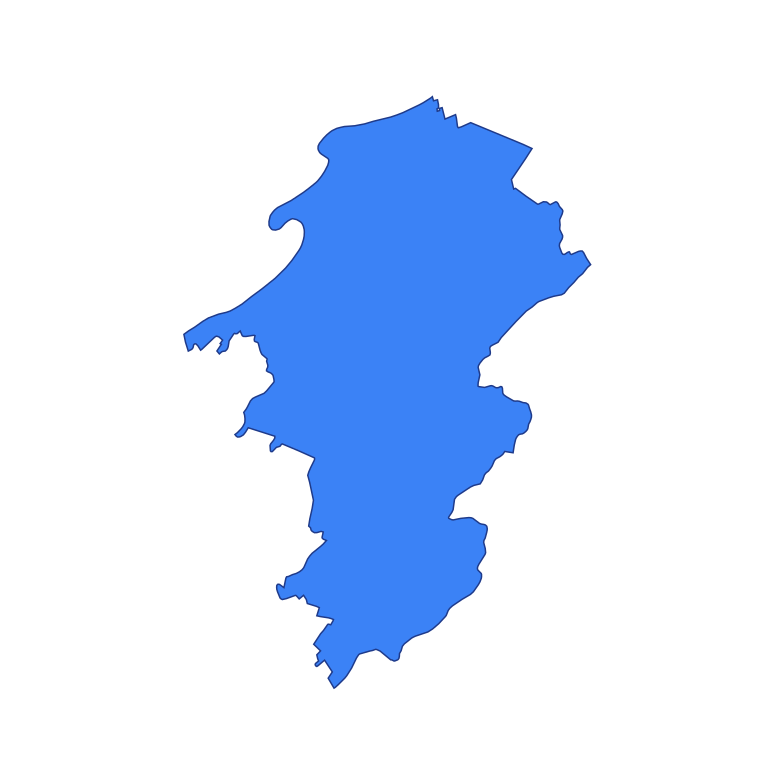 Vu Ban, Nam Định, Vietnam, rotated 215°
{"feature_id": "81297802B77828019918781", "entity_name": "Vu Ban", "entity_type": "district", "adm_level": 2, "iso_a3": "VNM", "parent_name": "Vietnam", "parent_adm1": "Nam Định", "projection": "equal_earth", "projection_center": [106.09, 20.382], "detail": "fine", "context": "isolated", "style": "filled", "palette": "blue", "viewbox_px": 768, "rotation_deg": 215, "n_neighbors": 0, "source": "geoboundaries", "source_scale": "gbopen_adm2", "svg_char_len": 6171}
<svg xmlns="http://www.w3.org/2000/svg" viewBox="0 0 768 768"><g transform="rotate(215 384 384)"><path d="M212.7,315.7L214.7,321.2L215.8,323.7L216.6,324.9L218.2,326.4L220.0,326.7L221.5,326.3L223.7,325.2L225.7,324.6L234.1,324.9L235.9,324.4L237.8,323.3L244.0,318.0L249.4,312.3L251.0,311.6L253.9,311.1L254.4,311.5L254.7,312.3L254.8,317.8L255.3,320.7L260.1,330.0L260.1,333.3L259.5,335.5L254.1,349.2L252.2,352.5L247.9,357.4L248.2,362.1L249.6,367.2L249.4,369.9L248.5,372.6L248.3,376.1L248.4,378.8L249.6,384.6L249.3,387.2L247.5,390.7L246.7,393.0L246.3,395.0L246.4,398.0L238.8,401.7L242.3,408.8L244.4,414.1L244.7,415.6L244.8,417.7L244.6,419.6L243.7,421.0L242.1,422.5L241.3,424.0L240.6,426.5L240.4,428.7L240.6,429.9L242.5,434.1L242.8,436.8L243.4,439.1L244.2,441.4L245.4,443.2L247.9,445.4L250.5,447.2L253.5,449.6L254.4,450.0L256.8,449.9L259.5,448.5L263.2,447.5L265.0,446.6L266.6,445.3L268.2,444.5L276.2,443.8L279.2,443.8L280.9,444.3L281.5,444.7L284.6,448.5L286.0,449.3L287.0,448.8L288.2,446.7L289.4,445.6L290.5,445.1L293.7,444.8L295.0,444.3L295.9,443.5L299.6,438.9L304.5,436.4L305.5,436.1L306.3,436.9L307.7,439.3L310.7,446.5L316.4,451.6L317.1,453.1L317.4,456.1L317.1,460.8L316.5,463.2L314.8,466.4L313.9,468.6L314.5,470.1L315.2,471.1L317.8,473.8L318.2,474.8L318.3,476.0L317.6,477.8L314.5,483.6L314.6,489.3L311.7,511.1L309.3,525.4L306.8,532.1L305.3,538.3L304.5,540.3L298.5,549.1L295.3,553.2L289.8,558.9L288.4,561.8L288.0,568.9L286.7,576.1L286.1,582.9L284.6,588.3L284.2,596.2L283.2,600.3L290.1,603.1L296.0,606.2L298.0,606.6L299.5,605.5L300.7,604.2L304.7,597.7L305.1,597.5L306.1,597.5L307.7,598.5L308.2,598.5L309.3,596.8L309.7,595.5L310.5,593.7L311.8,592.9L313.3,593.2L318.1,596.4L319.6,597.7L320.7,599.7L321.3,605.0L322.0,606.9L322.9,608.1L328.7,611.4L329.6,612.7L331.0,615.3L333.8,618.6L334.4,619.6L335.6,625.6L336.7,628.3L338.0,629.1L342.2,630.1L344.7,631.6L346.5,632.1L347.3,632.0L348.0,631.5L350.7,626.3L351.5,626.1L354.2,626.4L355.3,626.3L358.0,624.7L360.6,620.0L361.3,619.4L375.4,619.3L388.5,619.7L389.6,618.1L396.9,624.6L397.3,649.7L397.8,661.8L407.3,660.1L462.9,647.8L468.2,638.9L470.0,636.6L470.3,636.5L471.6,637.2L477.2,643.3L479.9,645.7L486.0,636.0L494.9,643.7L496.7,641.5L495.3,639.9L496.8,638.0L498.4,639.8L497.7,641.5L499.6,644.1L503.2,647.5L505.9,644.4L509.2,647.1L509.8,645.0L513.1,637.1L515.2,632.9L524.1,617.2L527.8,611.7L531.7,606.4L543.4,593.1L549.0,586.0L556.1,578.7L564.1,572.2L566.6,569.5L569.3,566.3L571.8,561.8L572.6,559.6L573.7,555.6L574.5,550.7L574.9,544.1L574.4,541.1L573.0,538.9L572.0,538.0L569.4,536.7L567.1,536.4L559.3,536.6L557.8,535.9L556.6,534.0L555.5,530.9L554.6,524.2L554.4,518.4L554.8,512.3L555.3,509.8L558.0,500.5L560.1,494.2L565.4,480.8L572.3,467.6L572.7,466.3L573.4,463.6L573.7,460.7L573.7,457.0L573.4,455.9L571.4,451.1L569.2,448.1L567.7,447.2L566.0,446.6L564.7,446.3L563.6,446.5L561.1,447.9L558.7,450.9L558.0,453.1L557.3,458.9L556.3,462.4L554.8,465.6L553.7,467.0L549.8,468.6L546.2,468.9L544.7,468.9L543.0,468.4L540.8,467.2L537.9,464.7L536.4,462.8L534.2,459.3L532.8,456.1L531.1,450.8L530.5,447.4L530.3,444.5L530.3,432.5L531.1,422.6L533.8,408.1L538.5,392.0L542.7,379.5L546.1,368.1L549.3,360.7L551.9,355.5L554.3,352.2L559.6,346.3L565.7,337.4L568.4,331.3L571.8,321.7L574.5,315.5L576.4,309.9L570.7,304.5L563.2,298.7L561.4,302.0L561.2,303.3L561.4,304.6L562.4,306.9L562.3,307.7L561.9,308.5L560.9,309.0L558.3,308.5L553.6,306.5L553.1,308.0L549.7,324.7L549.2,326.3L548.5,327.2L546.3,327.9L541.4,327.4L541.4,323.1L540.0,323.2L539.8,315.2L536.1,314.2L535.4,317.3L534.7,318.3L532.9,320.0L532.5,322.1L532.6,323.6L533.1,325.3L535.6,330.5L535.8,338.7L535.5,339.7L534.2,340.1L533.1,341.2L532.2,344.9L527.9,342.3L526.6,342.3L524.4,343.7L519.5,348.4L518.3,349.4L517.4,349.6L515.9,346.1L514.8,344.9L514.0,344.8L511.5,345.5L510.4,345.3L504.8,340.5L502.7,339.1L500.9,338.2L494.3,337.6L493.9,337.1L493.3,335.4L489.9,332.7L489.3,331.7L488.9,331.0L488.5,328.6L487.8,327.4L486.0,327.4L483.5,328.0L482.0,328.0L479.9,327.5L476.7,324.5L475.4,322.9L475.3,322.1L476.2,311.1L476.9,307.6L481.9,299.5L483.3,296.7L483.7,293.5L482.7,286.7L482.5,284.4L482.6,280.3L480.4,278.6L478.0,275.9L476.2,273.2L475.6,271.5L475.2,268.0L475.3,265.5L476.2,260.0L477.1,257.1L475.0,256.5L473.5,256.6L472.4,257.4L471.3,258.7L470.0,261.7L469.8,265.0L470.1,270.3L443.5,278.6L442.7,277.5L442.4,276.7L442.2,274.5L442.5,270.0L442.1,268.3L438.7,264.1L437.7,263.8L436.7,264.6L435.8,270.4L433.5,273.3L433.4,275.8L432.9,276.6L415.2,280.4L398.6,283.6L397.9,282.9L397.4,281.8L396.1,273.3L395.2,268.9L394.1,265.5L388.5,260.8L375.1,248.3L371.5,240.9L367.4,231.0L364.2,224.4L361.8,224.1L359.9,222.5L358.3,222.1L355.7,222.3L353.7,223.8L351.0,227.2L348.9,227.9L346.9,223.1L346.5,222.5L345.8,222.2L344.5,222.1L341.4,222.8L342.0,217.9L342.9,214.2L345.8,204.1L346.2,200.4L346.2,196.9L344.5,188.2L344.4,187.0L344.6,184.7L345.5,181.8L347.2,178.5L349.6,175.4L351.9,171.5L353.2,170.2L353.0,168.7L349.2,159.8L354.7,159.9L356.0,159.2L356.3,158.6L356.2,157.3L355.2,155.7L354.0,154.3L352.0,152.7L346.4,149.1L345.2,148.9L343.7,149.1L340.8,152.3L335.4,160.0L334.7,160.3L333.5,160.1L330.2,159.3L328.7,164.8L324.0,162.9L320.9,160.2L311.9,163.1L308.7,163.7L306.1,155.6L302.9,156.9L295.4,160.6L292.9,161.5L290.3,162.1L289.9,160.6L289.5,156.2L291.4,155.6L292.0,155.2L292.2,154.7L292.2,147.4L292.7,143.1L292.3,130.5L282.9,129.0L283.7,123.6L280.7,120.9L278.7,119.6L279.7,116.1L279.7,115.1L279.2,114.4L277.9,113.9L277.0,114.1L276.4,115.6L274.3,123.7L261.2,118.5L261.0,111.0L250.5,106.2L249.9,107.6L248.9,112.2L247.4,120.7L247.2,123.8L247.6,132.7L249.4,143.9L249.5,147.6L249.2,148.8L242.4,157.2L240.5,159.2L238.7,161.8L237.7,162.3L234.1,163.0L220.3,161.9L219.3,162.5L217.0,162.8L216.3,163.3L214.7,165.7L214.4,166.5L214.4,167.8L215.2,169.7L216.7,172.1L217.0,175.4L218.5,179.7L218.3,182.8L215.7,191.6L214.9,193.3L213.7,195.4L205.8,206.1L203.7,211.2L201.7,219.0L200.3,228.9L200.3,230.2L201.5,235.3L201.5,237.8L201.1,239.7L200.7,241.5L196.5,252.5L192.5,261.2L191.6,265.1L191.6,273.7L191.9,276.9L192.8,280.5L193.5,282.0L195.0,284.1L195.8,284.6L200.2,285.4L200.9,285.7L201.8,286.6L202.5,288.2L202.9,290.7L203.5,302.4L204.0,304.1L206.7,307.3L211.4,311.3L212.4,313.1L212.7,315.7Z" fill="#3b82f6" stroke="#1e3a8a" stroke-width="1.5"/></g></svg>